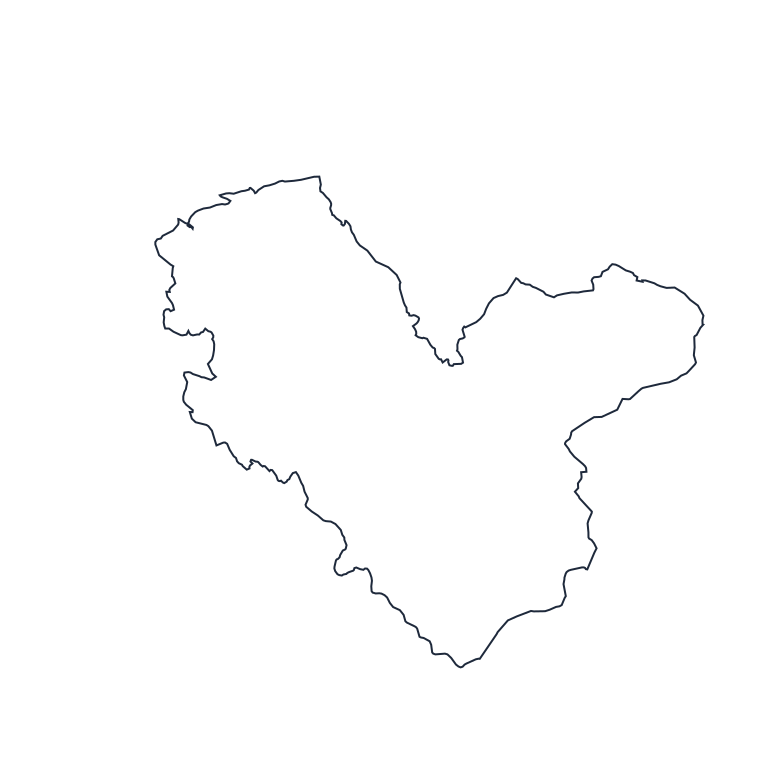 the district of Vadu Motilor, Alba, Romania, rotated 27°
{"feature_id": "2599482B54784080645152", "entity_name": "Vadu Motilor", "entity_type": "district", "adm_level": 2, "iso_a3": "ROU", "parent_name": "Romania", "parent_adm1": "Alba", "projection": "natural_earth1", "projection_center": [22.956, 46.413], "detail": "fine", "context": "isolated", "style": "outline", "palette": "slate", "viewbox_px": 768, "rotation_deg": 27, "n_neighbors": 0, "source": "geoboundaries", "source_scale": "gbopen_adm2", "svg_char_len": 6153}
<svg xmlns="http://www.w3.org/2000/svg" viewBox="0 0 768 768"><g transform="rotate(27 384 384)"><path d="M594.1,585.4L597.9,555.8L597.9,553.5L601.7,538.4L607.8,530.8L618.0,519.5L620.7,518.6L630.7,513.3L634.1,509.9L638.5,504.5L641.3,502.4L642.7,500.3L642.1,492.6L642.3,490.5L634.8,480.8L633.4,476.1L632.7,474.6L632.0,470.4L632.1,468.6L633.2,466.4L634.8,464.8L643.7,457.5L645.3,456.7L646.6,456.6L647.9,457.3L649.3,456.9L648.0,438.8L648.0,433.9L643.5,430.6L639.9,428.8L636.9,428.6L635.8,427.8L633.5,423.4L628.7,415.8L628.1,412.8L627.6,404.6L627.1,403.3L610.0,397.0L608.5,395.7L603.0,393.3L604.3,388.6L601.9,384.5L602.8,378.9L602.3,377.2L599.7,373.1L604.2,370.3L602.2,367.1L600.6,366.0L597.6,365.0L586.6,362.4L580.3,359.7L578.0,358.0L572.6,355.4L572.2,354.6L572.3,352.5L574.3,348.5L573.6,344.1L572.9,342.4L573.0,340.7L580.4,327.5L586.2,318.2L592.9,314.5L603.5,301.0L603.3,289.0L608.8,286.6L610.0,285.7L614.1,274.7L615.5,271.3L616.5,269.9L630.4,258.2L637.2,253.1L642.7,246.9L644.9,241.7L648.7,237.2L649.6,234.3L652.2,225.1L652.2,223.2L647.0,217.7L644.2,210.5L639.1,201.3L639.2,200.2L640.3,198.4L640.4,190.3L641.5,186.2L640.8,186.3L638.7,182.5L637.6,178.1L628.1,171.6L618.5,170.0L610.8,167.1L599.2,166.1L592.1,170.1L585.9,171.4L582.3,171.7L579.2,171.5L570.1,173.0L567.1,174.4L568.0,175.5L562.1,177.1L561.2,173.7L557.4,173.5L555.4,172.1L552.4,172.2L547.9,173.0L539.7,172.3L536.2,172.5L533.0,173.6L531.8,177.0L531.5,180.1L527.8,184.9L528.3,189.5L526.6,191.1L522.7,193.5L521.9,195.4L522.0,197.6L525.3,200.5L527.6,204.4L527.7,205.7L519.8,210.9L515.4,214.4L509.7,217.2L503.4,221.9L497.9,226.5L496.1,229.6L487.6,230.8L484.2,229.4L475.7,229.4L472.4,229.9L468.8,229.3L464.9,231.0L462.4,231.0L460.3,231.6L455.5,229.8L453.7,229.8L452.0,246.8L449.7,250.5L445.7,253.9L442.6,257.7L440.9,264.5L440.9,270.6L441.5,276.4L440.1,282.2L438.1,287.0L430.8,296.6L429.4,296.4L429.1,298.1L429.3,300.0L434.5,305.4L434.5,305.9L433.4,307.7L431.3,309.4L430.7,310.8L431.5,315.7L433.7,319.7L433.9,321.2L435.6,321.6L439.6,324.1L441.3,324.7L444.7,329.1L443.6,331.0L437.2,334.6L437.0,336.6L435.9,337.1L433.8,337.6L431.2,335.3L430.7,333.7L429.9,333.1L428.7,333.6L426.5,338.2L423.6,336.1L422.6,336.7L421.3,336.7L416.1,334.0L413.5,329.6L412.3,329.2L410.8,329.4L407.5,328.0L401.9,324.2L398.1,324.9L397.4,325.8L393.3,326.7L390.0,326.2L390.0,324.7L388.9,322.8L386.8,321.1L383.5,319.3L385.5,315.3L385.9,313.7L386.0,311.6L385.5,309.8L384.5,309.0L381.0,308.8L379.1,309.2L377.5,310.7L375.4,311.4L374.3,309.8L371.6,309.5L369.3,305.7L367.0,304.4L364.6,302.4L354.9,292.0L352.8,288.0L352.6,286.1L345.8,281.1L334.8,278.0L321.1,278.6L308.6,272.7L299.6,271.5L294.9,269.4L289.4,264.8L286.6,263.4L284.3,261.3L282.5,258.7L280.0,257.2L276.2,255.9L275.4,256.2L276.5,259.1L276.1,261.1L275.5,261.4L273.5,261.0L272.9,259.3L271.2,258.6L266.3,258.0L262.7,256.5L261.1,256.8L260.1,255.4L256.7,252.5L256.2,251.5L255.7,248.7L255.1,247.4L253.9,246.2L251.0,244.5L248.0,243.7L242.8,241.5L239.9,241.2L238.0,238.4L237.2,235.0L232.2,228.6L227.6,231.1L217.4,239.7L211.4,243.9L203.8,248.6L201.2,249.1L198.7,251.1L195.9,254.9L191.7,259.0L187.4,262.3L184.0,268.2L183.3,271.4L182.5,272.5L180.2,270.9L176.0,269.9L175.4,270.3L175.4,272.1L172.4,274.9L169.4,277.0L163.7,282.7L159.6,284.2L156.8,285.9L152.0,290.4L153.3,291.0L155.2,291.0L160.0,290.3L164.0,290.6L163.5,293.6L162.9,294.4L160.9,296.2L158.0,297.2L153.3,300.7L148.8,305.8L143.5,309.6L139.5,314.0L137.8,316.6L136.1,322.3L135.9,325.8L136.6,327.9L136.3,329.8L142.6,331.2L143.0,332.5L141.0,331.6L139.7,332.4L137.0,332.0L136.7,330.5L133.7,330.8L126.8,330.1L125.8,330.4L127.7,333.4L128.2,335.4L126.4,343.0L119.5,352.5L119.1,355.7L116.3,358.0L115.8,361.3L117.0,363.6L125.2,371.4L139.6,374.5L142.8,374.7L143.1,376.5L146.2,384.3L147.7,384.6L148.8,385.4L152.4,389.1L150.0,395.5L150.0,397.6L151.3,399.2L148.2,400.6L151.3,404.5L158.3,408.1L160.2,409.6L163.2,413.1L160.8,416.0L158.3,415.0L156.0,416.4L155.0,418.9L156.1,422.4L157.9,424.4L159.7,429.1L162.0,432.1L163.9,433.9L167.3,432.2L172.7,433.0L180.8,432.7L182.4,432.1L185.6,429.7L185.6,425.5L187.5,427.0L189.5,427.8L191.7,427.4L195.0,424.7L196.9,423.8L197.6,421.1L199.1,419.8L199.6,415.8L203.5,416.7L205.7,416.2L207.0,416.4L210.0,418.4L210.7,420.1L210.5,422.0L212.8,423.3L214.7,425.7L217.1,430.9L218.8,436.2L219.5,440.1L218.0,446.1L226.2,452.6L230.9,453.9L228.1,458.9L220.8,459.8L218.3,460.8L216.0,460.8L209.2,461.9L206.4,461.6L204.3,462.2L201.0,464.4L201.8,467.2L207.8,471.6L209.8,478.5L209.8,482.0L210.8,486.2L212.4,489.3L213.7,490.7L217.2,492.3L225.5,494.1L226.2,496.0L223.7,497.1L228.5,502.1L233.5,503.6L244.4,501.1L246.7,501.3L251.9,503.7L262.6,514.8L267.4,509.2L268.9,508.3L271.4,508.5L276.4,512.7L282.9,516.6L285.7,517.1L288.2,519.6L290.6,520.5L294.1,520.4L295.4,521.3L300.6,522.6L302.5,520.3L301.7,519.1L301.6,517.5L302.9,514.6L300.2,513.7L300.0,511.9L300.7,511.5L304.8,511.4L306.6,510.7L307.5,510.7L310.8,512.1L313.4,512.6L314.0,511.7L315.4,511.3L321.5,513.6L322.0,512.0L323.5,511.5L329.6,514.6L332.9,517.8L334.0,518.2L335.4,517.8L336.1,516.9L338.7,517.7L340.1,517.6L341.6,515.2L341.6,513.4L342.8,511.8L342.6,509.1L343.2,504.8L345.5,502.5L349.2,504.5L355.2,509.6L358.2,511.5L362.1,516.0L367.8,520.2L368.5,521.5L368.9,527.2L370.4,528.7L377.5,530.4L384.7,531.2L391.8,533.0L394.4,532.6L399.1,530.7L404.3,530.8L411.8,533.7L415.3,537.3L418.3,538.8L419.5,540.9L423.8,544.6L424.7,548.2L424.4,549.2L422.9,551.1L422.6,556.3L423.1,558.6L422.3,561.0L421.5,561.7L421.3,563.0L422.8,569.1L423.5,570.9L425.5,572.9L428.9,574.6L430.8,574.6L433.4,573.8L434.3,572.2L436.7,570.3L437.1,569.0L438.3,567.4L441.3,564.3L441.6,563.4L441.2,561.5L442.6,560.1L446.8,559.8L450.0,558.9L450.8,557.1L452.6,556.2L454.4,556.8L457.5,559.0L460.7,562.1L462.6,564.8L464.5,570.0L467.0,574.2L468.6,575.0L471.7,574.4L474.8,572.6L476.9,571.9L480.4,571.9L483.7,572.8L488.6,576.4L493.4,578.6L500.8,578.3L506.3,580.8L510.8,585.7L512.8,586.2L521.5,586.0L523.2,586.2L524.7,587.0L530.4,593.1L531.9,593.1L534.6,592.3L541.5,592.5L544.4,594.9L548.8,601.3L550.3,601.9L552.5,601.6L560.7,596.6L563.3,596.1L568.3,597.6L575.5,601.3L578.6,601.9L580.9,601.7L582.4,600.2L583.2,597.4L584.4,595.6L590.8,587.6L593.0,585.8L594.1,585.4Z" fill="none" stroke="#1e293b" stroke-width="2"/></g></svg>